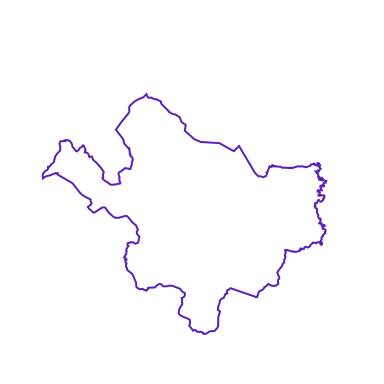 the district of Houet, Houet, Burkina Faso, rotated 313°
{"feature_id": "67063806B93880456931202", "entity_name": "Houet", "entity_type": "district", "adm_level": 2, "iso_a3": "BFA", "parent_name": "Burkina Faso", "parent_adm1": "Houet", "projection": "orthographic", "projection_center": [-4.215, 11.389], "detail": "fine", "context": "isolated", "style": "outline", "palette": "violet", "viewbox_px": 384, "rotation_deg": 313, "n_neighbors": 0, "source": "geoboundaries", "source_scale": "gbopen_adm2", "svg_char_len": 6052}
<svg xmlns="http://www.w3.org/2000/svg" viewBox="0 0 384 384"><g transform="rotate(313 192 192)"><path d="M232.5,91.9L228.0,91.8L223.9,89.8L219.3,88.3L213.7,87.8L212.0,87.9L211.1,88.3L208.3,91.1L207.1,91.8L195.3,92.6L185.7,93.9L183.8,105.0L182.9,107.0L181.2,109.4L180.7,114.0L181.2,116.2L180.4,116.3L180.4,117.3L180.0,117.5L179.0,119.2L178.1,119.8L177.7,121.3L176.7,121.4L176.3,123.3L176.7,123.8L176.6,124.6L175.1,126.9L172.6,127.9L170.1,129.9L169.0,129.9L167.5,131.1L166.6,131.1L165.8,130.4L165.7,129.4L164.4,127.8L164.0,126.8L162.4,126.8L161.0,126.1L158.9,126.2L157.1,125.3L155.6,125.6L154.6,126.5L153.3,129.0L151.7,130.2L150.4,131.9L150.2,132.9L149.4,133.7L145.0,130.6L142.1,127.9L141.6,126.3L141.7,125.1L140.7,120.0L140.6,118.0L141.1,117.3L141.7,117.2L141.7,116.8L142.3,117.0L144.0,115.0L146.2,114.0L146.6,113.2L147.6,108.7L148.2,102.8L148.1,98.3L148.5,96.7L149.7,94.8L149.1,93.9L147.6,93.2L149.2,90.0L149.3,89.2L148.9,87.8L147.8,86.5L150.3,85.3L152.0,81.3L151.8,80.5L150.2,80.7L147.5,79.9L145.3,80.4L143.0,80.0L142.8,78.9L143.4,75.8L143.4,74.2L145.3,71.2L146.0,68.4L145.6,66.7L144.2,64.5L142.9,63.7L142.6,64.4L139.6,61.2L136.9,62.1L135.4,64.7L132.4,67.3L128.3,67.2L125.4,67.6L124.2,67.9L119.8,70.6L115.8,70.2L114.6,70.5L113.1,70.4L112.3,69.5L110.9,70.9L108.9,71.0L106.4,70.3L103.9,70.6L102.1,71.6L100.4,73.8L102.2,73.9L104.4,74.8L106.9,76.5L112.7,79.3L113.9,80.7L113.1,80.7L113.5,83.6L116.9,98.6L114.8,112.0L115.5,116.5L117.4,123.0L116.0,124.4L115.1,126.4L114.2,126.7L110.0,126.0L109.6,128.0L109.7,134.0L110.3,134.6L119.4,136.9L120.9,138.2L121.3,139.8L120.4,143.6L120.2,146.3L120.2,151.0L120.7,153.2L122.9,155.8L129.3,159.7L129.8,160.4L130.1,162.0L129.1,169.3L129.4,173.9L127.4,178.2L125.2,178.8L124.0,180.0L123.5,182.0L123.4,184.0L118.5,187.0L117.6,186.9L115.7,186.0L115.1,183.4L114.4,182.9L113.7,181.4L112.4,181.1L110.8,179.9L109.1,181.0L109.2,182.4L108.6,182.3L104.9,183.2L104.0,184.7L103.2,185.0L102.1,186.1L101.0,185.9L100.2,186.6L98.0,186.9L98.3,187.8L98.1,188.5L98.0,188.1L97.7,188.4L98.0,189.2L96.8,189.1L96.8,190.2L95.4,190.9L95.6,191.2L95.0,193.1L94.4,193.0L92.7,194.2L92.1,195.1L92.2,195.9L90.8,197.8L91.3,203.9L90.9,205.5L87.6,212.7L84.5,216.4L85.1,220.0L87.4,221.8L87.8,224.1L88.8,225.3L88.8,225.9L91.2,226.0L92.1,225.3L97.0,230.0L99.9,229.9L102.7,231.0L103.4,232.1L103.5,233.7L103.2,234.5L103.7,235.7L105.9,237.9L108.0,239.2L110.2,241.9L113.1,249.5L112.5,253.0L113.2,255.6L112.2,256.8L110.3,257.7L107.2,256.9L106.7,258.1L104.8,259.6L103.6,261.3L98.9,262.2L96.4,263.4L93.9,265.2L94.0,268.7L96.7,275.7L97.0,277.3L96.8,277.9L94.7,280.1L92.2,281.2L92.1,283.3L91.3,287.3L93.0,287.9L93.4,289.7L93.2,290.9L96.1,294.3L96.5,296.2L96.1,297.3L97.9,298.8L98.9,299.3L101.9,299.9L103.8,301.2L105.0,302.8L105.7,303.2L109.2,303.3L110.8,303.0L112.2,302.2L118.5,296.5L123.7,294.0L123.8,293.3L123.3,291.5L125.7,289.5L128.8,288.2L131.9,286.4L134.1,286.5L136.2,287.4L140.1,286.0L141.9,287.0L142.5,285.7L144.2,284.8L146.2,285.6L147.9,285.8L158.3,309.1L158.7,310.6L159.7,310.8L159.8,311.2L164.7,308.9L168.5,310.2L170.4,310.4L171.7,309.8L173.0,310.4L175.7,310.6L176.5,310.3L176.8,310.6L177.8,314.1L179.0,315.8L181.4,317.6L182.6,317.4L183.8,317.7L185.5,315.5L186.6,314.9L188.1,315.0L189.4,313.5L190.6,310.3L191.3,309.4L193.6,308.8L199.5,308.3L200.8,307.5L203.5,307.4L205.3,305.7L206.9,305.3L208.2,304.6L208.5,303.7L209.2,303.0L211.5,302.0L212.7,300.1L212.8,300.3L213.5,300.0L214.3,300.8L214.2,301.3L215.2,302.5L216.4,305.2L217.0,306.0L217.5,306.1L217.5,306.9L219.0,308.8L221.6,310.5L222.5,310.3L222.9,311.0L224.0,311.0L224.4,309.9L224.9,309.9L225.3,311.5L226.8,312.7L227.6,312.2L229.3,312.3L230.6,314.8L232.8,315.3L234.2,314.8L237.6,315.0L238.0,316.1L238.8,316.5L239.4,317.9L240.8,318.1L242.1,319.4L241.9,321.1L241.4,321.8L241.8,322.8L242.2,322.8L243.2,322.2L243.8,319.5L245.8,319.3L246.2,318.4L247.2,317.8L248.2,317.6L249.1,318.0L250.4,317.1L252.7,317.6L253.2,316.5L254.2,316.6L255.4,315.3L254.9,313.6L254.3,312.9L254.7,311.8L256.4,311.6L257.3,312.2L257.9,312.2L258.0,310.7L257.6,310.6L256.6,311.2L255.8,309.8L257.3,308.3L256.0,306.9L255.9,306.4L257.6,306.5L257.9,305.7L259.0,305.4L259.9,304.6L260.1,303.9L259.2,303.2L259.3,302.3L260.6,300.4L261.0,300.4L262.2,297.5L265.0,294.8L264.5,293.2L264.8,292.0L265.0,291.8L265.1,292.1L265.6,291.5L265.8,292.0L266.1,291.9L266.2,291.3L267.8,289.7L269.0,290.9L271.7,289.8L272.7,290.2L272.4,292.3L273.2,293.3L275.9,293.3L276.3,292.7L276.6,293.0L277.0,292.9L277.0,292.6L278.3,292.5L278.7,291.9L279.4,291.7L279.6,291.1L277.7,288.6L276.8,288.4L275.6,286.9L276.4,286.4L277.6,286.8L278.9,285.7L279.0,284.7L277.9,283.7L278.2,283.2L279.4,283.1L281.8,285.8L283.0,282.6L283.9,281.8L284.9,282.1L285.0,283.6L286.1,284.6L286.8,284.3L287.0,282.6L288.5,282.3L290.0,283.4L291.6,282.7L290.5,281.1L290.9,280.0L290.5,278.4L291.0,277.5L290.3,277.2L290.0,278.4L289.1,279.0L289.0,278.2L288.0,277.3L288.0,276.0L288.4,275.7L288.9,276.2L289.7,276.1L289.5,275.2L289.9,275.0L289.9,274.1L289.3,273.8L291.2,271.9L290.9,270.2L291.3,268.5L292.0,269.4L293.3,269.2L293.4,270.6L295.2,270.1L296.5,270.4L296.8,270.2L296.6,269.8L297.0,269.2L297.1,267.0L297.5,266.6L298.9,267.5L299.5,265.0L298.6,264.1L298.1,264.7L296.2,264.9L295.6,263.1L296.1,262.9L296.1,261.8L294.4,261.2L293.3,260.2L291.9,260.7L289.4,259.2L288.3,259.0L285.9,255.1L285.1,254.1L284.5,253.9L283.1,252.0L279.2,249.6L278.2,249.5L278.0,248.8L277.2,248.2L277.1,247.5L276.0,247.2L275.7,246.4L275.1,246.0L275.1,245.5L273.4,244.0L272.9,242.8L271.4,241.8L270.6,239.0L270.1,238.7L268.2,236.3L268.0,235.5L267.2,235.2L267.0,234.1L266.2,233.8L266.6,232.7L266.2,232.4L264.6,233.0L263.9,232.3L263.8,231.3L263.4,231.2L263.0,231.9L262.1,231.8L260.6,232.6L258.9,233.0L258.4,233.6L257.0,233.3L256.4,234.5L254.2,235.2L251.2,233.9L250.3,231.4L248.8,229.9L248.9,225.1L257.7,195.0L250.4,194.8L246.4,178.7L234.6,164.3L232.2,157.7L231.9,144.9L236.7,141.8L236.1,136.6L238.3,131.8L237.2,126.5L235.9,125.1L234.9,120.3L235.2,120.0L235.6,109.7L236.0,108.5L236.9,107.9L237.0,107.4L235.7,103.7L235.8,102.8L234.4,101.6L233.1,97.7L231.3,95.9L231.3,94.4L232.5,91.9Z" fill="none" stroke="#5b21b6" stroke-width="2"/></g></svg>